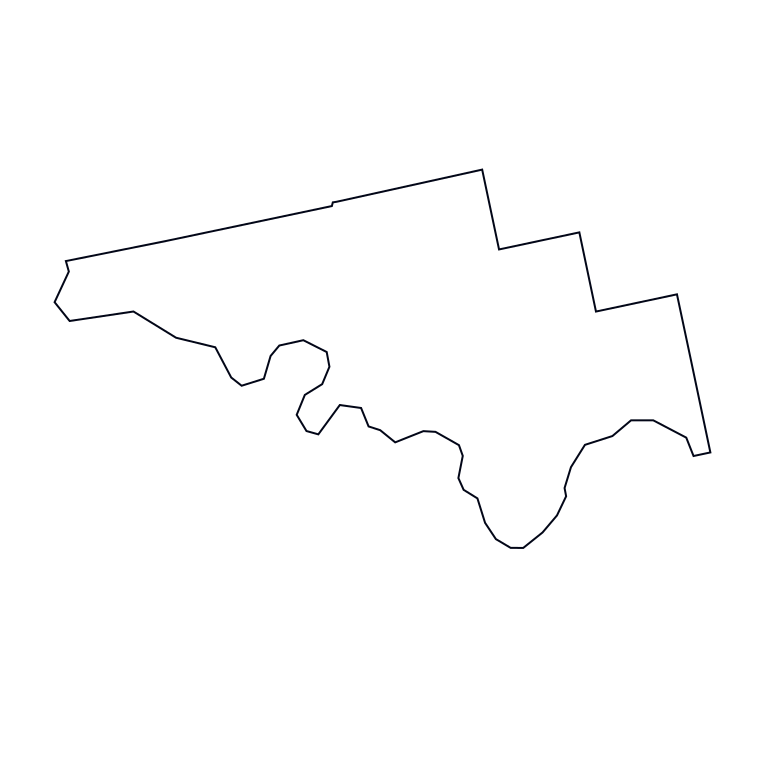 the district of Pawnee, Oklahoma, United States of America, rotated 168°
{"feature_id": "52423323B92257960877908", "entity_name": "Pawnee", "entity_type": "district", "adm_level": 2, "iso_a3": "USA", "parent_name": "United States of America", "parent_adm1": "Oklahoma", "projection": "robinson", "projection_center": [-96.654, 36.362], "detail": "fine", "context": "isolated", "style": "outline", "palette": "ink", "viewbox_px": 768, "rotation_deg": 168, "n_neighbors": 0, "source": "geoboundaries", "source_scale": "gbopen_adm2", "svg_char_len": 881}
<svg xmlns="http://www.w3.org/2000/svg" viewBox="0 0 768 768"><g transform="rotate(168 384 384)"><path d="M669.6,570.4L668.9,559.5L689.2,532.5L678.4,511.0L614.0,507.0L577.8,472.5L541.4,455.0L532.1,422.1L523.6,411.9L500.4,414.1L489.1,435.0L478.4,443.4L453.8,443.6L433.4,427.2L433.8,412.2L444.5,396.7L463.7,389.8L475.8,372.0L469.6,354.1L458.7,348.4L431.6,372.6L411.4,365.3L407.9,345.7L397.3,339.6L385.2,324.6L355.3,329.7L343.6,326.5L323.4,308.6L321.9,297.3L330.8,276.5L328.1,263.9L316.4,252.7L314.0,227.2L306.8,209.0L294.2,197.4L281.9,194.7L259.8,205.8L242.1,219.5L229.2,236.3L229.0,244.7L218.4,263.8L200.1,282.7L171.4,285.6L149.9,297.1L128.2,292.5L99.5,268.7L96.2,249.2L79.0,249.2L78.8,344.2L78.8,410.8L161.6,410.8L161.4,491.7L243.5,491.7L243.4,573.3L392.5,572.1L396.3,572.3L398.0,568.9L567.0,569.2L646.7,570.1L669.6,570.4Z" fill="none" stroke="#020617" stroke-width="2"/></g></svg>